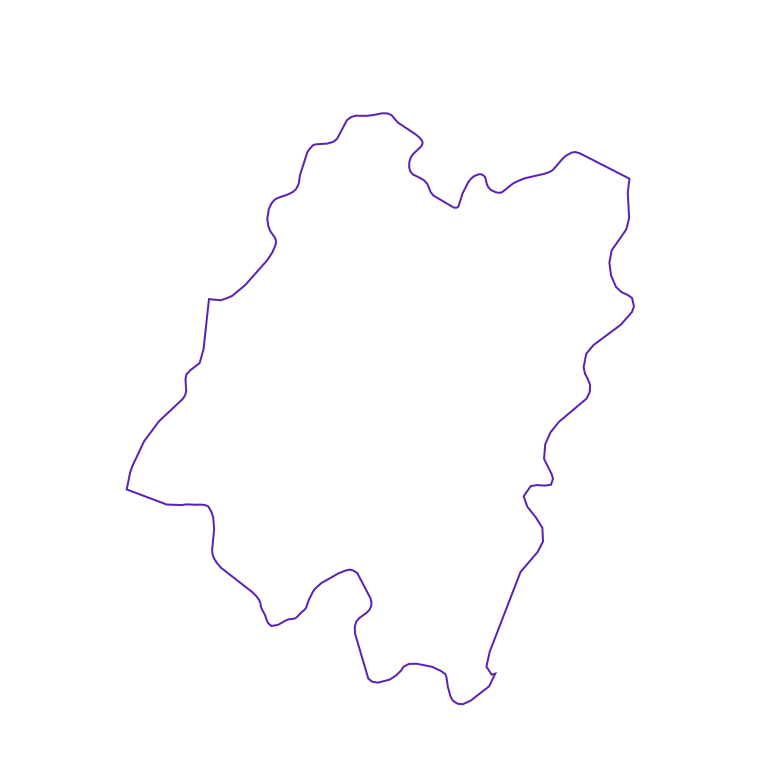 the border of Lori, rotated 110°
{"feature_id": "ARM-1674", "entity_name": "Lori", "entity_type": "Province", "adm_level": 1, "iso_a3": "ARM", "parent_name": "Armenia", "parent_adm1": "", "projection": "natural_earth1", "projection_center": [44.445, 40.946], "detail": "fine", "context": "isolated", "style": "outline", "palette": "violet", "viewbox_px": 768, "rotation_deg": 110, "n_neighbors": 0, "source": "natural_earth", "source_scale": "10m", "svg_char_len": 2830}
<svg xmlns="http://www.w3.org/2000/svg" viewBox="0 0 768 768"><g transform="rotate(110 384 384)"><path d="M599.3,193.1L614.6,191.1L620.3,183.4L618.1,180.4L632.1,181.8L651.9,194.3L657.9,200.3L659.2,204.8L658.8,208.5L657.4,211.9L654.7,214.8L646.6,220.5L638.2,225.0L635.7,227.1L634.2,232.3L633.3,242.2L635.7,257.6L638.5,264.8L642.8,268.8L647.6,270.0L653.9,273.1L659.9,277.6L666.7,287.6L667.8,293.3L666.2,298.0L628.5,325.8L622.3,328.4L617.2,328.8L612.6,327.3L605.1,322.2L601.2,320.4L597.1,320.1L593.4,321.1L589.8,323.6L570.8,344.5L569.8,348.9L570.2,352.8L572.4,356.3L577.9,362.4L592.5,374.8L600.1,378.8L603.9,379.8L612.4,380.8L620.5,380.7L622.5,381.1L624.5,382.1L626.2,383.2L633.2,386.3L635.2,388.0L637.8,393.3L640.0,395.6L646.7,401.3L649.9,407.1L648.5,410.8L645.5,413.9L641.9,416.7L637.1,422.0L635.2,423.6L632.6,424.9L629.8,427.3L627.2,431.1L624.8,436.1L612.5,474.1L609.3,479.9L606.1,484.0L602.5,487.0L598.3,488.9L578.4,494.0L567.4,499.1L563.1,502.5L559.1,507.3L559.0,510.9L559.9,514.6L561.6,518.9L564.7,528.5L567.0,532.8L571.6,547.0L571.1,589.7L554.0,592.3L547.8,592.4L520.0,589.9L496.0,582.7L466.8,568.0L463.0,567.1L458.7,567.3L447.3,572.2L442.6,573.0L437.1,570.6L427.4,564.4L412.9,565.5L364.1,577.5L361.2,566.2L357.1,561.0L353.1,556.8L338.4,548.2L307.7,536.1L298.4,533.9L290.4,533.5L287.6,534.0L285.5,535.0L283.7,536.7L279.4,543.0L274.9,546.9L268.6,550.2L258.5,552.1L252.3,551.4L247.6,549.4L244.7,546.5L239.0,539.4L234.6,535.2L230.9,533.3L226.9,532.7L224.1,532.8L216.5,534.4L192.1,535.3L188.1,534.1L183.4,532.1L181.6,529.0L177.6,519.7L173.6,514.3L169.5,511.9L148.8,509.1L144.4,506.2L141.4,502.1L139.9,497.4L137.8,491.8L135.1,486.3L130.4,478.6L128.6,473.7L128.7,469.0L133.0,461.5L133.8,459.5L138.6,439.6L140.0,435.6L141.8,432.2L142.4,431.5L143.3,430.7L144.7,430.1L146.6,430.0L148.8,430.7L158.3,435.5L162.3,436.3L166.8,436.1L171.5,434.6L174.9,432.3L177.2,428.8L178.0,421.0L178.9,416.0L181.0,411.9L187.7,405.8L190.0,402.1L194.4,378.6L193.4,375.9L191.7,374.7L178.4,375.4L165.3,373.8L161.3,372.4L157.8,370.4L154.5,366.7L153.6,363.8L154.3,361.0L155.8,359.1L161.0,355.7L163.3,353.4L165.1,350.1L165.6,344.7L165.1,341.6L163.9,339.2L162.3,338.0L151.7,331.5L147.2,327.3L142.3,321.7L131.5,305.0L127.9,300.7L125.0,298.5L111.5,293.3L107.4,291.2L102.3,286.7L100.6,283.6L100.2,279.3L107.0,224.6L107.2,223.6L107.4,223.5L120.8,220.4L144.2,210.4L155.9,209.2L180.6,215.8L192.9,213.7L204.3,207.8L213.5,199.1L216.5,192.0L216.9,185.8L218.4,180.3L225.4,175.7L231.6,175.6L247.4,181.8L275.6,200.4L286.4,204.3L300.1,202.1L305.5,198.7L309.7,194.1L314.4,190.0L321.3,187.9L328.5,188.7L359.6,206.6L372.4,211.0L385.5,211.9L399.6,208.0L411.4,195.6L415.2,192.8L421.5,192.6L424.5,198.1L426.6,205.6L429.8,211.2L441.8,214.4L450.4,207.2L457.5,195.6L465.0,186.0L477.6,180.7L489.4,182.2L513.8,191.4L599.3,193.1Z" fill="none" stroke="#5b21b6" stroke-width="2"/></g></svg>